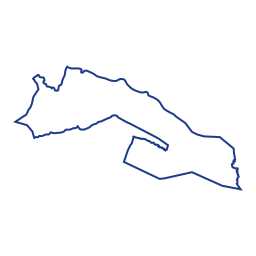 Skorradalshreppur, Vesturland, Iceland
{"feature_id": "244011B18273074009309", "entity_name": "Skorradalshreppur", "entity_type": "district", "adm_level": 2, "iso_a3": "ISL", "parent_name": "Iceland", "parent_adm1": "Vesturland", "projection": "mercator", "projection_center": [-21.43, 64.486], "detail": "fine", "context": "isolated", "style": "outline", "palette": "blue", "viewbox_px": 256, "rotation_deg": 0, "n_neighbors": 0, "source": "geoboundaries", "source_scale": "gbopen_adm2", "svg_char_len": 5488}
<svg xmlns="http://www.w3.org/2000/svg" viewBox="0 0 256 256"><path d="M240.6,189.3L237.0,184.2L236.8,183.7L237.2,183.4L237.4,183.1L237.3,182.9L237.4,182.5L237.3,181.6L237.4,181.2L237.4,180.6L236.9,180.1L237.0,179.8L237.3,179.6L237.3,179.3L237.3,179.2L237.2,178.7L237.4,178.3L238.3,177.2L238.6,177.0L238.6,176.7L238.7,176.4L238.3,176.0L238.1,175.7L238.0,175.4L237.8,175.1L237.8,174.9L238.0,174.8L238.1,174.7L237.7,174.0L237.7,173.7L237.6,173.3L237.5,172.9L237.2,172.6L236.9,172.5L236.8,172.2L236.8,171.9L236.9,171.7L237.0,171.4L236.9,171.2L236.7,170.8L236.8,170.7L237.1,170.7L236.9,170.4L236.9,170.2L237.1,169.7L237.4,169.7L237.5,169.4L237.6,169.2L237.8,168.7L237.7,168.4L237.3,168.5L236.8,168.5L236.3,168.3L235.9,168.4L235.6,168.4L234.9,168.2L234.4,167.8L233.7,167.8L233.1,167.4L232.8,167.3L232.5,166.8L232.3,166.7L232.2,166.6L232.2,165.9L232.1,165.4L232.0,165.0L232.0,164.9L232.0,164.7L232.1,164.0L232.3,164.0L232.5,163.9L232.9,163.5L233.2,163.6L233.5,163.5L233.5,163.4L233.4,163.1L233.4,162.9L233.5,162.6L233.6,162.3L233.3,161.8L233.4,161.7L234.0,161.6L233.6,161.0L233.6,160.8L233.8,160.7L234.4,160.8L234.3,160.6L234.1,160.3L234.1,160.1L234.3,160.1L234.7,160.3L234.9,160.2L235.1,159.5L235.1,159.2L234.0,153.2L233.7,148.7L232.7,147.8L219.8,137.1L204.2,136.4L197.2,134.5L191.9,131.8L185.4,123.1L176.2,116.7L173.4,114.1L170.6,112.8L166.8,110.7L164.3,109.1L161.9,105.8L160.9,104.2L160.2,102.7L158.6,100.8L157.6,100.0L156.3,99.0L155.0,98.4L154.0,97.7L149.6,96.0L148.6,95.4L148.2,94.9L148.1,94.6L148.0,93.9L147.8,93.2L147.4,92.5L147.1,92.3L146.7,92.0L146.3,91.9L145.8,91.9L143.3,92.5L142.1,92.5L139.5,92.1L134.8,90.3L132.0,88.8L130.4,87.5L127.3,84.5L126.0,82.3L125.3,80.8L124.6,79.9L124.0,79.5L123.0,79.2L121.8,79.0L119.9,79.1L118.0,80.0L117.2,80.6L116.1,80.9L115.0,81.0L112.0,80.8L109.7,80.2L105.5,78.5L101.8,77.6L99.8,77.2L99.2,76.8L98.4,76.7L97.7,76.5L96.8,76.1L93.9,74.0L93.0,73.5L90.3,72.2L87.0,70.8L86.2,70.6L85.5,70.6L85.0,70.7L84.4,71.0L83.6,71.7L83.1,72.2L82.7,72.6L81.5,72.6L81.3,72.4L81.1,72.0L81.4,70.6L81.6,70.3L81.6,69.7L81.3,69.4L80.1,68.8L79.4,68.6L76.9,68.4L74.5,68.5L70.8,68.4L68.8,67.6L67.3,66.7L66.3,68.2L65.9,69.0L65.4,70.8L65.1,72.3L65.1,73.3L64.9,74.3L64.4,75.8L62.7,79.6L62.3,80.8L62.0,82.3L61.7,83.4L61.4,84.1L61.1,84.8L60.3,85.2L59.6,85.4L59.3,85.6L59.1,85.8L58.8,86.7L58.4,88.9L58.3,89.5L58.2,89.9L58.0,90.2L57.7,90.6L57.0,90.8L56.1,90.5L55.4,90.6L55.2,90.5L54.9,90.2L54.7,89.8L54.5,88.9L54.2,88.1L53.4,87.7L52.4,87.6L52.2,87.8L51.7,88.3L51.6,88.2L51.6,87.7L51.3,87.4L50.0,87.1L48.3,86.5L47.2,86.5L46.9,86.4L46.4,85.6L46.3,85.2L46.3,84.9L46.2,84.6L46.0,84.1L45.7,83.9L44.8,83.7L44.2,83.6L43.8,83.1L43.3,82.2L43.3,81.7L43.5,81.3L44.4,80.8L44.5,80.7L44.6,80.2L44.3,79.2L43.9,78.3L43.5,77.6L43.2,77.4L42.3,77.5L40.4,77.2L40.0,77.1L39.7,76.9L39.5,76.6L39.4,76.3L39.3,75.9L39.2,75.6L39.0,75.4L38.4,75.1L37.7,75.0L37.5,75.4L37.4,75.6L35.9,76.3L34.3,77.4L33.3,78.4L33.2,78.6L33.1,78.8L33.3,79.0L33.9,79.3L34.0,79.4L34.1,80.0L34.6,80.6L35.1,81.5L35.6,82.3L36.7,83.2L36.7,83.3L37.6,85.7L38.4,89.4L33.5,96.7L33.0,98.5L32.7,99.6L32.6,100.7L32.1,102.8L31.6,104.5L31.2,105.3L30.5,107.2L29.9,108.1L29.1,108.9L28.5,109.9L27.9,111.0L27.5,112.2L26.3,114.4L25.9,115.0L23.7,116.2L15.4,121.8L27.1,125.2L32.4,131.5L34.2,137.9L34.4,138.0L34.7,137.8L35.1,137.5L35.8,137.1L38.0,137.2L39.0,136.2L39.4,136.0L40.9,136.1L42.2,136.0L42.7,135.8L43.3,135.5L46.1,134.4L48.5,134.5L49.0,134.3L49.4,134.0L50.7,132.3L50.9,132.3L52.3,132.9L54.4,133.2L55.6,133.1L56.7,132.9L58.6,132.8L60.2,132.7L61.7,132.4L63.3,131.9L64.1,131.4L65.1,130.3L65.9,129.7L69.2,129.7L70.1,129.5L71.2,129.1L73.3,128.2L75.7,128.1L76.4,127.6L77.7,126.3L79.2,128.4L79.8,129.0L80.6,129.4L81.9,129.6L83.5,129.6L84.5,129.4L86.0,128.9L89.1,127.5L89.8,127.1L90.8,126.1L91.4,125.6L92.1,125.2L94.5,124.1L96.6,123.5L97.4,122.9L97.8,122.3L98.4,121.9L100.3,121.5L100.9,121.5L106.3,119.0L108.5,118.1L109.4,117.8L111.1,116.9L111.9,115.9L114.6,115.2L116.9,115.8L118.1,117.4L127.1,122.4L129.1,123.2L158.0,138.2L168.0,145.2L166.8,149.6L166.2,149.6L165.8,149.7L165.7,149.8L165.8,149.9L165.6,150.0L165.5,149.9L165.5,150.0L165.4,150.1L165.1,150.1L165.1,150.3L164.3,149.9L164.1,149.6L163.9,149.5L163.9,149.3L164.0,149.3L164.0,149.2L163.5,148.9L163.4,148.8L163.2,148.4L162.9,148.4L162.8,148.2L162.3,148.0L162.3,147.9L162.3,147.7L162.2,147.6L161.7,147.8L161.5,147.6L161.1,147.6L160.2,147.2L160.0,147.3L159.8,147.3L159.8,146.9L159.5,146.8L159.2,146.9L158.7,146.8L158.7,146.7L159.0,146.4L159.0,146.1L158.8,146.1L158.5,146.3L157.9,146.0L157.8,145.8L157.8,145.7L158.2,145.2L157.8,144.9L157.3,144.9L157.0,144.7L156.5,144.6L156.2,144.7L155.9,144.6L155.5,144.8L155.3,144.7L155.0,144.3L154.4,144.2L154.3,143.9L154.1,143.4L154.0,143.0L153.5,142.7L153.3,142.6L152.2,142.9L151.2,142.7L150.7,142.4L150.4,141.7L150.2,141.5L149.6,141.4L149.5,141.2L149.2,141.0L148.6,140.9L148.0,140.9L147.7,140.8L147.6,140.7L147.4,140.5L146.3,140.0L146.0,139.7L145.6,139.5L145.4,139.2L144.6,139.0L143.8,139.0L143.0,138.7L142.4,138.8L142.1,138.9L141.5,138.8L141.0,138.9L140.7,138.5L140.3,138.4L139.8,138.4L139.5,138.2L139.1,138.3L138.6,138.2L138.3,138.0L137.5,137.9L136.5,137.6L136.4,137.5L135.5,137.4L135.0,137.2L134.9,137.1L134.4,136.7L133.8,136.8L133.4,136.7L133.2,137.3L133.3,137.5L133.3,137.9L133.3,138.2L133.2,138.5L133.0,139.2L132.8,139.6L132.6,140.4L132.5,141.0L132.4,141.1L132.1,142.1L131.9,143.1L131.7,143.4L131.4,144.1L130.6,144.7L127.9,150.2L123.9,161.9L159.6,178.9L164.3,178.4L192.0,172.2L222.3,185.8L240.6,189.3Z" fill="none" stroke="#1e3a8a" stroke-width="2"/></svg>